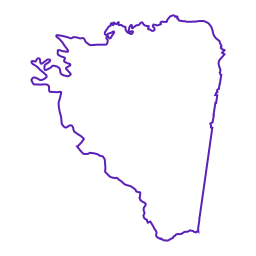 outline of Boroondara, Victoria, Australia
{"feature_id": "25037944B53457392645615", "entity_name": "Boroondara", "entity_type": "district", "adm_level": 2, "iso_a3": "AUS", "parent_name": "Australia", "parent_adm1": "Victoria", "projection": "albers", "projection_center": [145.049, -37.826], "detail": "fine", "context": "isolated", "style": "outline", "palette": "violet", "viewbox_px": 256, "rotation_deg": 0, "n_neighbors": 0, "source": "geoboundaries", "source_scale": "gbopen_adm2", "svg_char_len": 5598}
<svg xmlns="http://www.w3.org/2000/svg" viewBox="0 0 256 256"><path d="M105.0,32.1L104.8,33.3L104.9,34.2L105.7,34.8L106.6,34.9L107.3,34.5L108.0,33.8L111.5,32.6L113.1,31.5L113.8,31.5L114.1,32.0L114.1,32.6L113.5,33.6L112.1,35.5L111.0,37.5L110.3,38.3L109.5,38.4L109.1,38.0L108.7,37.6L108.2,36.4L107.8,36.0L107.2,36.1L106.9,36.4L106.4,37.3L106.4,38.0L106.5,38.5L107.6,40.0L107.7,41.2L107.4,42.6L106.8,44.0L106.2,44.5L105.4,44.7L97.2,44.7L91.7,45.1L90.1,45.1L88.7,44.3L85.8,42.0L84.0,38.6L83.4,38.2L82.7,38.1L80.0,38.4L76.6,37.3L74.2,37.2L73.2,37.2L71.9,38.1L70.4,38.3L67.3,37.1L61.8,35.8L57.8,35.2L56.7,35.2L56.4,35.4L56.3,35.8L56.5,36.6L56.8,37.0L59.2,38.8L62.2,42.1L63.2,43.5L64.0,45.0L67.1,49.0L68.0,50.5L68.1,51.0L67.9,51.6L67.2,51.8L62.4,51.1L59.5,50.1L58.2,50.1L57.8,50.5L57.7,53.4L57.9,54.3L58.3,54.9L61.2,56.5L64.1,57.4L64.7,57.7L64.9,58.1L65.0,58.7L64.2,60.0L64.1,60.5L64.1,61.1L64.6,61.9L67.8,63.4L69.5,63.7L70.3,64.4L70.4,64.9L70.0,65.5L66.5,67.6L66.2,67.9L66.0,68.5L66.4,69.2L67.6,70.4L70.5,73.6L70.7,74.2L70.6,74.5L69.9,75.2L69.3,75.7L67.8,76.3L63.8,75.4L62.2,74.7L61.0,73.8L60.6,73.2L59.9,69.4L59.4,68.2L58.3,67.3L57.4,66.7L55.0,66.0L53.3,65.7L52.4,65.9L52.0,66.1L51.1,67.3L49.9,68.1L46.6,69.8L46.0,70.1L45.3,70.1L44.7,69.5L44.4,68.7L44.5,66.3L44.8,65.2L45.5,64.4L46.7,63.7L49.3,61.9L50.1,60.9L50.1,60.1L49.9,59.8L49.0,59.5L47.3,59.6L42.4,63.3L41.5,63.7L40.8,63.5L40.4,62.9L39.9,59.2L39.3,58.5L38.5,58.3L37.9,58.4L37.1,58.9L35.7,61.4L35.3,61.6L33.5,61.1L31.9,61.2L31.5,61.7L31.5,62.3L32.2,63.5L32.8,64.1L34.9,65.2L37.6,67.2L40.3,70.0L42.4,71.6L45.8,74.8L46.5,75.5L46.6,76.9L46.4,77.3L44.4,78.8L42.4,79.8L41.0,80.1L40.1,80.0L35.7,77.7L34.6,77.5L33.4,77.6L32.7,78.0L31.6,79.5L31.5,80.2L31.7,80.5L31.7,80.9L33.0,83.4L33.8,84.2L34.2,84.4L40.7,84.6L45.2,84.3L46.8,84.6L48.1,85.2L48.9,86.2L49.2,90.6L49.5,91.5L49.9,91.8L57.3,92.2L60.3,91.8L61.1,92.1L61.2,92.7L61.0,93.7L59.6,99.3L58.8,101.8L58.6,103.3L58.7,105.1L58.9,107.6L59.3,109.4L59.5,111.0L61.1,117.0L61.7,123.5L62.5,125.1L64.1,126.8L64.9,127.3L65.8,127.6L66.5,127.4L69.0,125.8L70.2,125.3L71.1,125.3L72.0,125.8L72.3,126.1L73.1,127.7L73.6,130.2L74.4,131.8L77.8,134.1L80.9,136.1L83.7,138.5L83.8,138.9L83.5,139.5L81.4,142.5L78.3,145.7L77.0,146.4L80.7,151.0L83.0,153.5L83.8,153.9L86.5,154.0L88.1,153.8L89.9,152.8L91.9,153.0L95.3,153.6L97.5,154.2L98.3,154.6L99.4,155.6L102.4,156.3L103.0,156.7L104.2,158.5L104.8,159.7L105.4,168.0L105.1,171.8L108.7,175.5L109.6,176.4L110.8,177.1L112.9,177.7L115.4,178.2L116.7,177.8L118.0,178.7L118.6,179.5L121.1,181.1L124.6,184.3L127.0,185.2L130.7,186.2L131.4,186.6L135.3,189.5L135.7,190.0L136.2,191.4L136.4,191.6L137.8,191.9L138.6,192.3L139.8,192.2L140.1,192.4L140.2,193.1L140.2,194.9L139.9,196.8L139.5,197.9L139.7,198.7L140.5,199.6L140.5,200.4L142.2,201.5L144.3,202.6L145.4,203.4L145.7,204.1L145.7,204.7L145.4,205.4L144.1,207.3L143.8,207.8L143.6,210.5L144.3,212.1L144.5,213.2L143.4,215.5L143.7,216.3L143.7,217.0L144.2,218.0L145.2,219.0L146.9,219.8L147.0,220.1L147.0,221.0L148.0,222.7L150.1,221.5L151.0,222.6L153.5,226.8L154.5,229.0L155.5,230.2L156.5,232.0L156.6,232.5L156.2,234.0L156.1,235.0L156.4,236.1L156.7,236.8L158.7,238.1L159.6,238.4L160.2,238.4L160.4,238.9L160.7,238.7L161.6,238.7L162.2,239.5L164.0,240.4L165.1,240.3L166.3,240.6L167.4,240.6L168.6,240.2L171.0,238.7L171.6,238.6L173.1,237.8L173.3,236.9L173.8,236.3L175.0,235.8L175.9,234.6L176.2,234.4L177.9,233.9L179.6,234.2L180.6,234.0L181.5,233.8L184.1,232.1L185.2,231.8L187.7,231.7L189.9,230.4L192.5,230.9L193.3,231.2L194.1,231.9L196.0,232.3L196.6,232.2L197.1,231.3L198.2,231.3L198.3,231.4L198.1,228.6L199.3,220.4L199.4,217.6L199.6,217.2L203.6,189.3L212.3,127.7L211.0,127.5L211.0,125.5L210.3,123.6L212.6,122.3L212.7,121.1L212.9,120.8L213.8,115.2L213.5,115.1L215.4,102.8L216.1,102.9L217.3,95.3L215.3,95.0L215.7,94.4L215.9,93.3L217.5,92.1L217.0,91.1L217.0,90.5L217.3,90.0L217.9,89.3L218.8,89.1L219.7,83.8L219.9,83.8L221.2,75.2L220.9,75.3L219.8,72.9L220.0,72.8L220.4,70.0L218.8,65.0L218.6,63.5L218.7,62.4L219.0,61.0L219.8,59.6L224.5,54.3L224.4,54.1L222.1,52.8L224.5,50.2L224.0,49.9L222.4,49.5L222.1,49.0L220.9,48.0L221.1,47.5L220.9,46.8L221.4,46.6L221.4,45.9L221.2,45.2L220.1,43.4L219.9,42.4L219.5,41.1L215.8,38.1L214.1,35.8L213.1,33.3L212.7,31.0L211.4,27.1L209.5,24.4L207.9,22.9L205.6,21.8L204.1,21.2L202.9,21.0L199.9,21.0L195.1,21.6L188.8,21.8L186.1,21.7L184.9,21.2L183.4,21.2L179.1,20.6L178.5,19.6L178.2,19.3L178.1,19.0L177.5,18.8L177.6,17.4L177.3,16.6L176.9,16.6L176.5,17.0L175.9,16.4L175.2,16.7L174.8,16.3L174.4,15.6L173.5,15.4L172.3,15.5L170.1,16.5L167.7,19.3L167.3,20.0L166.9,21.5L166.5,21.9L166.1,21.7L163.6,22.0L162.7,21.6L162.2,21.6L161.4,21.8L160.9,22.1L160.6,22.6L160.6,23.1L161.0,24.0L160.7,24.2L157.8,25.3L157.1,25.4L155.0,24.8L153.4,24.6L152.8,25.9L152.9,26.5L154.3,27.8L154.5,29.2L154.3,30.1L153.9,30.5L152.9,30.9L152.0,30.9L150.0,29.6L148.3,29.2L148.0,28.6L148.7,26.8L148.6,26.1L146.9,26.0L145.0,25.5L143.4,24.3L142.5,22.6L141.6,22.4L140.4,23.0L139.9,23.8L138.8,25.0L138.2,25.2L136.8,25.2L136.0,25.5L132.5,28.2L132.2,28.2L131.9,27.6L131.9,25.8L131.8,25.2L131.3,25.0L130.6,25.3L129.9,26.3L129.2,27.9L128.9,29.4L128.7,31.2L128.7,31.6L129.2,32.1L131.8,31.2L132.6,31.3L132.9,31.5L133.0,32.1L132.3,33.3L131.8,33.9L131.1,34.0L128.1,32.8L127.0,31.9L126.6,31.4L125.7,29.8L125.5,28.5L125.5,27.6L125.2,26.8L124.7,26.6L123.3,26.5L121.4,25.0L119.4,25.1L118.7,25.0L118.3,24.1L118.8,22.5L118.5,22.2L118.3,22.2L116.7,23.9L116.3,24.1L115.3,23.7L114.2,22.7L113.5,22.6L113.2,23.2L113.5,24.8L113.2,25.1L112.8,24.8L111.9,23.4L111.6,23.2L111.3,23.2L110.6,24.4L110.7,25.6L110.1,26.0L108.8,26.5L105.0,32.1Z" fill="none" stroke="#5b21b6" stroke-width="2"/></svg>